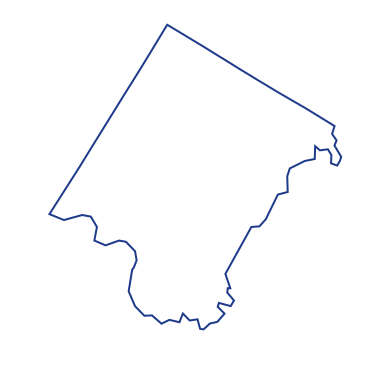 outline of Madison, Alabama, United States of America, rotated 31°
{"feature_id": "52423323B46234857736785", "entity_name": "Madison", "entity_type": "district", "adm_level": 2, "iso_a3": "USA", "parent_name": "United States of America", "parent_adm1": "Alabama", "projection": "albers", "projection_center": [-86.485, 34.734], "detail": "fine", "context": "isolated", "style": "outline", "palette": "blue", "viewbox_px": 384, "rotation_deg": 31, "n_neighbors": 0, "source": "geoboundaries", "source_scale": "gbopen_adm2", "svg_char_len": 1132}
<svg xmlns="http://www.w3.org/2000/svg" viewBox="0 0 384 384"><g transform="rotate(31 192 192)"><path d="M181.1,287.0L180.7,289.3L188.8,309.6L189.2,310.0L202.0,319.2L214.9,322.6L221.2,318.4L233.7,320.6L238.5,313.2L248.3,310.1L246.8,300.9L256.2,303.3L262.3,298.3L269.4,305.1L272.7,303.8L275.1,295.5L280.6,290.3L282.5,279.5L273.2,277.2L272.2,273.2L283.9,269.9L283.9,263.4L274.0,260.0L272.2,256.0L274.4,254.8L262.8,245.0L260.9,191.4L267.5,186.7L269.3,177.3L266.9,150.0L274.0,142.7L265.5,129.4L263.7,121.4L272.7,107.3L280.2,100.5L274.0,89.3L280.2,90.4L286.5,85.4L292.5,88.6L296.4,95.8L302.8,94.6L302.7,88.9L301.8,85.0L290.2,78.8L289.3,73.3L282.2,70.1L280.2,62.0L277.1,62.0L244.6,61.7L229.4,62.0L215.4,62.2L194.6,62.2L190.2,62.2L178.9,62.1L172.5,62.1L165.2,62.0L160.6,61.9L143.6,61.7L135.9,61.6L131.3,61.5L129.8,61.5L128.9,61.5L128.5,61.5L84.6,61.4L84.5,91.0L84.3,115.7L83.8,141.7L83.6,155.5L83.6,157.3L83.1,194.3L83.0,199.8L82.7,227.9L81.2,284.4L96.6,282.0L109.7,268.3L117.9,265.2L128.5,270.9L133.3,283.9L145.3,282.3L154.5,271.2L161.0,268.7L173.7,272.1L179.7,279.1L181.1,287.0Z" fill="none" stroke="#1e3a8a" stroke-width="2"/></g></svg>